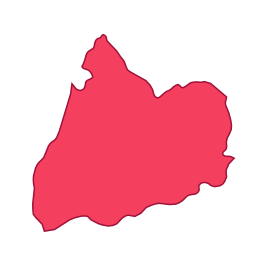 an SVG outline of Cotopaxi, rotated 354°
{"feature_id": "ECU-1279", "entity_name": "Cotopaxi", "entity_type": "Province", "adm_level": 1, "iso_a3": "ECU", "parent_name": "Ecuador", "parent_adm1": "", "projection": "mercator", "projection_center": [-78.819, -0.777], "detail": "fine", "context": "isolated", "style": "filled", "palette": "rose", "viewbox_px": 256, "rotation_deg": 354, "n_neighbors": 0, "source": "natural_earth", "source_scale": "10m", "svg_char_len": 2163}
<svg xmlns="http://www.w3.org/2000/svg" viewBox="0 0 256 256"><g transform="rotate(354 128 128)"><path d="M229.3,107.5L227.4,113.2L227.5,115.5L229.8,123.4L231.0,131.1L231.2,136.1L230.5,140.3L228.0,144.8L225.6,148.3L224.6,151.3L224.2,153.5L224.2,156.6L223.7,158.6L222.6,160.1L221.1,161.1L219.9,162.1L219.4,163.5L220.1,165.0L221.8,166.2L226.9,167.0L230.4,169.1L224.1,174.6L223.3,176.5L221.9,178.6L221.1,180.8L220.9,183.1L220.9,187.0L218.4,191.5L216.3,193.7L213.6,195.0L208.1,195.4L205.5,194.4L203.6,193.1L202.4,191.8L200.9,190.9L199.2,190.3L196.9,190.1L194.7,190.6L192.5,192.6L192.3,194.0L192.3,196.9L191.5,198.6L189.9,199.9L187.8,200.7L182.0,201.0L179.8,201.8L174.5,206.0L170.9,207.8L167.3,208.7L161.8,208.5L151.4,206.2L147.5,206.3L143.3,207.2L137.9,208.9L131.9,214.1L125.6,216.6L119.2,214.7L116.6,215.1L112.9,216.9L106.8,222.1L103.0,223.3L98.1,223.4L92.8,221.9L88.5,220.0L81.9,215.7L80.5,214.1L79.4,212.6L78.0,211.4L75.0,210.9L71.9,210.8L65.7,211.7L60.5,213.2L44.3,221.3L34.1,221.9L32.6,214.8L26.8,207.2L24.8,203.9L24.9,198.7L25.4,193.2L28.7,177.7L28.3,173.8L28.4,169.9L29.0,165.9L31.9,158.2L33.9,155.0L36.1,152.7L38.7,150.7L41.2,148.5L47.1,137.5L48.8,135.5L51.0,133.8L52.9,132.9L54.7,131.6L56.2,129.8L59.4,124.0L74.5,88.1L76.9,78.2L80.3,83.4L81.1,84.2L82.4,85.0L84.0,85.6L85.6,85.6L87.9,84.6L89.1,83.0L89.9,81.3L90.7,78.1L91.6,77.0L93.2,76.1L95.8,75.2L97.3,74.6L98.1,73.8L98.1,72.6L97.6,70.9L96.9,69.1L95.8,67.4L94.1,66.0L90.4,64.3L89.2,63.4L88.7,62.4L88.9,61.4L89.9,60.2L91.8,56.5L94.5,50.1L95.5,48.8L96.4,47.9L97.4,47.3L101.1,45.5L102.1,44.7L102.8,43.6L103.3,42.1L103.7,40.4L104.4,38.8L105.3,37.3L106.5,36.4L107.4,35.9L109.8,35.4L110.7,34.6L111.4,33.7L112.1,33.0L113.4,32.6L115.3,34.2L115.9,35.4L116.0,38.2L116.6,39.6L124.8,50.3L128.1,56.5L130.7,60.5L131.4,62.4L132.8,67.8L133.7,70.3L136.6,72.8L150.8,82.8L154.5,87.9L156.5,92.6L157.0,96.2L157.7,98.6L159.2,100.5L160.6,101.2L162.8,100.6L168.6,96.5L170.6,95.5L172.3,95.1L173.8,94.4L175.4,93.5L177.7,91.7L180.4,90.4L182.5,90.0L184.1,91.6L185.2,93.0L186.6,93.7L189.1,92.9L194.9,89.6L197.2,89.3L200.5,89.3L205.8,90.2L208.7,89.8L214.8,92.3L229.3,107.5Z" fill="#f43f5e" stroke="#9f1239" stroke-width="1.5"/></g></svg>